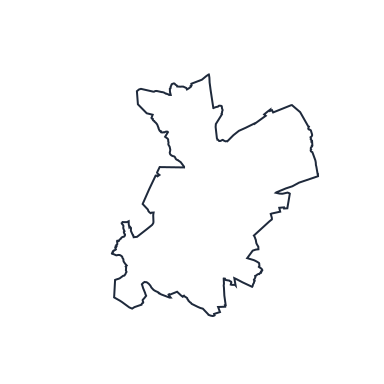 the district of Tetla de la Solidaridad, Tlaxcala, Mexico, rotated 310°
{"feature_id": "50627088B304206473512", "entity_name": "Tetla de la Solidaridad", "entity_type": "district", "adm_level": 2, "iso_a3": "MEX", "parent_name": "Mexico", "parent_adm1": "Tlaxcala", "projection": "mercator", "projection_center": [-98.094, 19.495], "detail": "fine", "context": "isolated", "style": "outline", "palette": "slate", "viewbox_px": 384, "rotation_deg": 310, "n_neighbors": 0, "source": "geoboundaries", "source_scale": "gbopen_adm2", "svg_char_len": 6038}
<svg xmlns="http://www.w3.org/2000/svg" viewBox="0 0 384 384"><g transform="rotate(310 192 192)"><path d="M61.2,200.1L62.4,206.6L62.7,209.1L63.3,218.2L64.2,221.1L66.8,221.9L67.3,222.2L71.5,224.7L73.2,225.8L74.3,225.3L75.4,225.7L75.9,225.7L76.3,225.4L77.1,224.0L77.7,223.6L80.1,223.7L83.0,223.6L83.8,222.0L84.5,221.0L86.9,216.4L88.4,214.1L89.1,212.9L91.3,213.1L92.6,213.5L92.9,214.1L93.6,215.0L93.8,215.7L93.9,217.9L93.5,220.3L92.7,222.3L92.3,225.5L92.6,227.5L93.4,230.4L93.5,232.0L93.2,232.0L93.8,234.4L96.7,242.7L97.4,243.5L97.8,241.4L98.4,240.0L98.9,240.2L98.6,240.7L98.7,240.8L106.0,244.7L105.7,250.3L105.8,252.2L106.0,252.2L106.2,251.9L107.4,252.5L107.1,253.3L107.4,254.1L107.6,256.5L106.9,257.6L106.8,258.5L106.4,259.2L106.4,260.3L106.2,261.0L106.4,262.3L106.1,263.6L107.7,270.2L108.5,272.9L109.6,275.3L108.7,283.3L108.5,283.6L109.4,286.0L110.4,287.7L111.5,288.4L112.0,288.6L112.8,287.3L118.0,290.6L120.7,285.9L125.4,291.1L126.4,290.0L126.9,290.6L133.4,283.4L139.3,277.9L140.7,276.4L142.2,275.5L146.1,271.9L146.3,272.0L146.6,272.8L146.8,273.0L146.3,274.1L146.3,274.5L148.1,277.5L148.1,278.2L148.4,279.6L148.2,280.1L146.0,281.2L146.3,281.9L146.8,282.6L148.4,284.5L148.5,284.8L148.4,285.5L153.2,279.8L153.9,282.4L155.3,288.8L158.0,299.0L158.6,299.0L160.6,298.1L162.3,297.8L163.3,297.2L164.1,297.2L164.4,297.0L164.4,296.0L164.6,295.8L165.9,295.8L167.7,295.2L168.0,294.9L168.1,294.5L168.3,294.3L168.7,294.5L169.0,294.8L170.8,295.1L171.3,295.4L171.8,295.5L172.0,295.6L172.4,296.3L173.6,296.2L174.1,296.4L174.4,296.8L174.9,296.7L175.3,296.3L175.5,295.9L176.4,296.3L177.2,296.2L177.5,295.8L177.5,295.4L177.9,294.7L177.8,293.0L177.6,292.1L177.6,291.3L177.9,291.2L178.4,291.3L178.7,291.2L179.5,290.3L180.3,289.6L180.7,288.8L180.3,286.2L179.8,284.0L179.5,283.0L176.8,276.8L186.1,276.2L188.9,277.9L190.8,279.7L192.7,278.0L193.5,275.7L194.1,274.3L195.4,272.7L196.3,271.7L196.7,270.9L197.6,269.4L198.3,267.9L198.4,267.4L219.4,270.2L222.3,270.8L223.1,270.2L223.8,269.4L225.8,266.4L226.6,266.8L233.6,272.2L236.0,269.0L239.3,272.3L238.8,272.7L238.5,273.1L240.8,275.5L253.6,268.0L253.6,267.4L253.0,265.6L249.4,262.9L248.6,262.2L247.0,260.0L245.3,256.7L245.9,256.8L255.1,261.6L260.9,265.2L268.0,268.0L285.1,278.4L285.8,277.8L286.7,276.9L286.5,276.7L291.4,270.9L292.3,269.6L294.2,267.8L295.5,266.2L299.1,260.0L299.9,258.5L299.7,257.9L299.6,257.1L299.8,256.7L300.1,256.2L300.4,256.0L301.1,255.9L301.1,255.6L301.4,255.3L302.1,254.7L303.0,254.5L303.9,254.7L304.4,254.5L304.6,254.1L305.0,254.3L308.0,251.4L307.4,251.1L308.9,249.5L308.8,249.0L309.0,248.9L309.1,249.1L310.1,247.6L311.2,247.9L311.9,247.8L312.8,247.5L313.4,246.8L315.6,243.4L315.4,241.9L315.1,241.6L315.1,240.6L315.3,240.3L316.7,239.6L317.2,239.5L317.0,238.8L322.7,223.5L322.8,212.7L322.1,212.1L305.1,203.0L306.1,200.7L304.5,199.8L305.6,199.0L302.1,198.2L297.8,197.4L297.8,199.5L284.7,196.2L284.9,195.9L275.6,191.8L269.0,188.6L262.1,187.2L253.7,186.5L253.7,186.2L253.1,185.8L252.4,185.2L251.9,183.7L251.7,182.1L251.4,181.8L250.1,181.3L249.2,180.8L248.7,180.2L248.5,179.9L248.7,179.0L248.7,178.3L248.4,177.8L248.9,177.3L249.1,176.6L257.0,168.3L259.1,166.8L259.3,166.6L270.6,165.0L270.6,164.6L270.9,164.3L271.2,164.2L271.8,164.2L273.1,163.3L274.1,163.0L274.6,162.6L275.3,161.3L276.8,159.7L276.7,158.9L275.9,157.7L275.2,157.1L274.0,157.0L272.8,156.0L270.7,154.7L270.1,154.6L270.0,154.4L281.9,140.9L287.2,135.1L290.7,131.9L292.9,129.4L292.7,129.2L289.8,128.4L284.4,127.4L274.5,121.9L273.5,123.1L272.4,122.8L272.1,123.5L269.6,123.0L267.3,122.2L268.0,120.8L267.1,117.5L264.9,115.0L263.3,112.8L263.8,112.1L263.6,110.5L263.8,109.0L263.8,108.8L263.2,108.0L262.5,107.7L261.6,107.2L261.3,107.2L260.2,107.7L259.1,107.9L258.3,108.3L258.1,108.7L257.4,108.9L256.8,108.7L254.5,110.8L252.7,113.3L251.6,112.0L251.7,111.4L251.0,109.8L251.0,109.3L250.5,108.7L250.2,106.7L249.6,105.3L249.2,104.8L246.7,100.0L246.2,99.6L245.8,99.0L244.4,98.4L243.9,97.7L238.2,86.6L236.5,85.5L233.8,85.0L224.4,94.2L223.2,106.7L225.9,112.2L223.2,113.2L222.9,113.2L222.5,113.7L222.6,114.4L222.3,115.2L222.5,115.3L222.0,115.8L221.9,116.5L222.1,117.5L221.8,118.0L221.8,119.7L221.4,121.7L220.9,122.8L220.1,124.1L219.8,124.9L219.2,125.5L218.4,127.2L218.1,128.0L218.5,128.6L218.6,129.2L218.0,129.4L217.9,129.8L217.9,130.1L218.7,131.2L219.6,131.9L219.7,132.3L221.1,133.0L221.7,133.4L222.5,134.5L222.4,135.1L217.0,135.9L217.2,139.0L217.0,139.7L216.7,140.2L215.6,141.1L215.0,142.1L213.6,143.0L213.1,143.5L212.3,145.8L210.4,148.2L209.5,148.8L207.9,149.6L207.4,150.2L207.0,150.8L206.8,151.7L206.8,152.9L207.3,154.5L207.7,155.2L207.8,155.8L207.7,156.7L207.0,158.1L206.9,159.0L207.1,160.3L207.4,160.8L207.3,161.3L207.6,164.1L206.3,169.6L205.7,170.1L190.3,151.2L184.5,152.7L184.0,153.8L184.1,156.1L181.8,155.5L181.8,154.4L181.2,153.6L166.6,157.4L151.1,161.9L150.2,169.4L149.3,171.0L149.1,172.5L149.2,174.0L150.2,174.3L151.6,175.8L150.2,176.6L149.3,177.2L144.2,181.8L143.3,182.3L142.3,182.5L141.1,182.6L134.5,181.3L122.3,178.7L119.9,176.4L120.2,176.1L120.9,175.0L120.7,174.9L122.4,171.3L123.0,170.1L125.2,168.4L125.5,166.9L124.6,166.8L126.7,164.2L128.9,162.3L127.1,161.5L125.6,159.8L124.4,158.2L124.1,158.4L122.9,158.2L122.5,159.2L122.3,160.7L121.8,161.4L120.7,162.1L119.9,162.9L118.9,164.7L118.6,165.5L117.5,165.5L116.5,167.1L116.5,167.9L115.9,168.4L114.8,168.7L113.8,168.5L113.6,168.2L112.7,167.6L112.1,167.5L111.6,167.3L110.7,167.5L108.6,167.1L107.3,167.4L106.7,166.9L106.6,166.1L106.2,166.1L105.9,166.6L104.0,168.3L103.6,168.4L102.6,168.1L102.3,168.4L102.2,168.8L102.0,169.1L101.8,169.1L101.6,168.6L101.2,168.4L101.0,168.6L100.7,169.3L99.9,169.1L99.1,170.6L98.2,170.4L97.2,169.8L96.7,169.9L96.5,169.6L96.1,169.5L95.8,169.6L95.2,170.1L94.9,170.0L94.5,169.8L94.1,170.2L93.4,170.2L93.3,170.4L93.8,171.6L94.0,171.9L94.8,174.7L96.5,176.1L97.3,177.2L97.6,178.8L97.6,179.8L97.5,180.2L96.9,180.9L96.4,182.6L95.1,183.9L94.8,184.4L94.1,186.8L93.7,189.3L92.3,189.1L91.8,190.1L89.5,191.7L88.7,193.2L87.7,193.3L86.2,193.8L84.5,193.9L83.5,193.1L79.4,192.1L78.1,191.4L77.4,190.9L75.2,189.6L61.2,200.1Z" fill="none" stroke="#1e293b" stroke-width="2"/></g></svg>